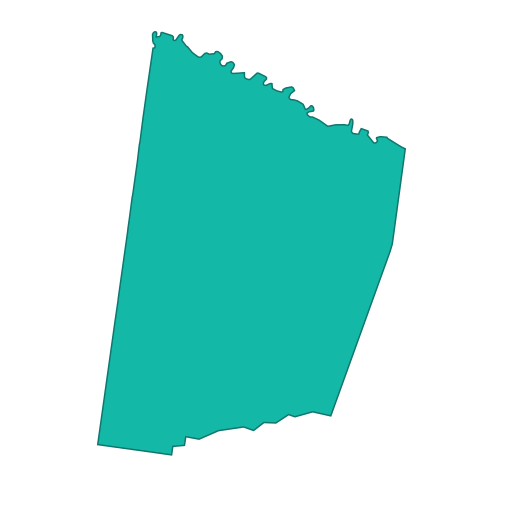 Washington, Louisiana, United States of America, rotated 278°
{"feature_id": "52423323B43439565608947", "entity_name": "Washington", "entity_type": "district", "adm_level": 2, "iso_a3": "USA", "parent_name": "United States of America", "parent_adm1": "Louisiana", "projection": "albers", "projection_center": [-89.849, 30.835], "detail": "fine", "context": "isolated", "style": "filled", "palette": "teal", "viewbox_px": 512, "rotation_deg": 278, "n_neighbors": 0, "source": "geoboundaries", "source_scale": "gbopen_adm2", "svg_char_len": 2655}
<svg xmlns="http://www.w3.org/2000/svg" viewBox="0 0 512 512"><g transform="rotate(278 256 256)"><path d="M391.5,124.9L377.4,124.9L353.2,125.2L350.0,125.0L332.8,125.4L330.0,125.4L299.3,125.4L297.5,125.2L277.4,125.4L266.1,125.4L261.1,125.5L246.9,125.5L194.6,125.5L192.5,125.6L170.4,125.5L170.1,125.5L150.1,125.5L106.3,125.5L48.1,125.5L47.2,125.5L47.3,200.1L55.9,200.1L58.5,211.5L67.3,211.6L66.7,225.1L77.8,243.1L85.0,267.5L82.9,277.9L92.2,287.0L93.4,298.9L103.5,310.4L102.2,316.9L109.6,333.8L108.1,352.3L279.5,388.2L286.9,389.3L382.9,388.9L383.9,385.7L385.4,382.0L390.9,369.6L391.8,369.1L391.5,362.5L390.0,359.0L389.2,358.9L387.6,360.0L386.3,360.2L384.7,358.9L384.3,357.3L384.8,356.4L391.3,349.5L394.2,350.1L395.4,349.4L396.8,342.5L393.4,341.2L391.2,340.8L390.8,340.0L390.8,334.9L391.6,334.0L391.8,333.7L392.9,333.1L398.1,333.4L401.2,333.4L403.9,332.9L404.6,332.4L404.9,331.3L404.4,330.7L402.5,330.2L399.9,330.0L398.1,328.9L398.3,325.0L396.9,316.3L394.4,309.1L399.3,299.6L401.5,292.6L401.2,290.6L401.5,289.5L402.8,287.4L403.9,286.7L404.6,286.7L406.3,288.5L406.6,289.9L407.2,291.6L407.6,292.7L408.5,293.0L411.1,292.2L412.3,291.0L412.5,290.2L412.4,289.5L411.5,288.8L410.9,288.4L409.9,287.6L408.4,285.7L408.0,285.2L408.2,284.5L408.9,283.8L410.2,283.2L412.6,281.7L413.0,281.1L415.4,275.4L415.9,271.7L415.7,268.6L416.6,267.2L417.4,266.8L418.0,266.6L421.3,267.6L425.2,271.1L427.6,269.5L428.4,267.8L426.5,262.1L424.6,259.6L422.8,259.7L422.2,259.3L421.9,258.4L422.4,253.8L424.1,249.0L427.4,248.1L428.8,247.9L429.0,247.3L428.5,245.5L426.6,242.7L426.2,241.4L426.4,240.2L426.9,239.6L428.1,239.2L430.0,239.8L432.7,241.8L434.2,241.5L434.8,240.7L437.3,233.5L437.4,232.1L437.1,231.5L430.5,226.0L429.7,224.6L430.1,221.6L431.1,219.9L432.2,219.6L435.9,219.0L434.5,212.7L433.5,207.5L433.8,206.4L434.6,205.8L435.7,205.6L439.2,207.5L442.2,208.0L443.5,207.2L444.6,205.9L444.9,204.2L442.8,200.2L441.6,199.9L440.2,199.0L439.6,197.0L439.8,195.7L440.9,194.3L443.0,193.2L444.4,193.3L446.6,195.0L449.3,194.9L451.6,192.7L452.9,190.2L453.1,188.9L452.6,187.5L450.6,186.7L449.3,181.6L450.1,179.3L450.1,178.5L449.3,177.0L445.4,174.0L444.9,172.1L445.1,170.9L448.5,164.7L453.6,159.1L454.0,157.9L459.0,152.8L460.1,152.5L461.9,153.1L463.2,153.0L464.1,152.8L464.8,152.1L464.8,150.3L463.9,149.2L458.7,146.6L458.0,145.3L458.1,144.5L458.8,143.9L461.3,143.7L462.4,142.5L462.8,140.6L464.3,131.8L463.7,130.9L461.4,130.9L459.9,130.0L459.0,126.7L462.8,126.7L464.0,125.8L464.0,124.7L463.0,123.4L461.1,122.7L454.8,123.8L452.5,124.8L451.2,126.4L449.8,126.9L448.3,126.8L447.9,126.4L447.5,125.1L404.6,124.9L399.1,124.9L391.7,124.9L391.5,124.9Z" fill="#14b8a6" stroke="#0f766e" stroke-width="1.5"/></g></svg>